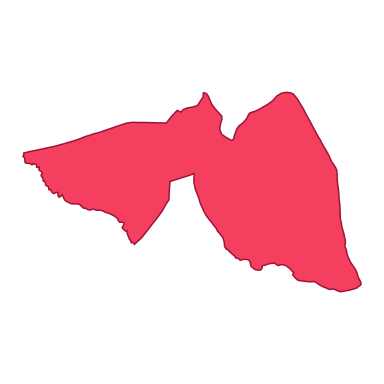 Bavet, Svay Rieng, Cambodia (Natural Earth projection)
{"feature_id": "14789045B60097519425510", "entity_name": "Bavet", "entity_type": "district", "adm_level": 2, "iso_a3": "KHM", "parent_name": "Cambodia", "parent_adm1": "Svay Rieng", "projection": "natural_earth1", "projection_center": [106.09, 11.037], "detail": "fine", "context": "isolated", "style": "filled", "palette": "rose", "viewbox_px": 384, "rotation_deg": 0, "n_neighbors": 0, "source": "geoboundaries", "source_scale": "gbopen_adm2", "svg_char_len": 4906}
<svg xmlns="http://www.w3.org/2000/svg" viewBox="0 0 384 384"><path d="M292.6,274.7L293.1,275.4L294.2,276.5L294.8,277.3L295.3,278.0L296.2,278.8L297.0,279.4L297.8,280.2L299.4,280.6L300.8,280.8L302.2,280.9L304.6,281.3L305.9,281.4L308.1,281.7L310.2,281.8L312.7,281.6L314.4,281.7L315.9,282.4L317.5,283.3L318.9,284.5L320.1,285.2L321.7,286.1L323.6,287.0L325.7,287.8L327.4,288.6L329.5,289.4L331.1,289.2L332.6,289.1L334.2,289.2L335.8,289.9L337.8,290.9L339.1,291.3L340.6,291.7L342.6,291.4L344.7,291.0L346.2,290.7L348.7,290.3L350.5,289.9L352.0,289.4L353.5,289.1L354.6,288.7L356.6,288.1L357.8,287.2L358.7,286.4L359.8,285.7L360.6,285.2L361.0,283.9L360.9,282.5L360.2,280.9L359.6,279.8L358.7,278.2L357.9,276.4L357.5,274.9L357.2,273.6L356.9,272.5L356.2,271.0L355.5,269.6L354.7,268.2L354.0,267.4L353.2,266.2L352.4,264.9L351.8,264.2L351.0,262.8L350.0,261.4L349.4,259.9L348.7,258.4L348.2,257.5L347.8,256.1L347.5,255.3L347.0,253.6L346.7,252.5L346.7,251.5L346.4,250.2L346.0,249.0L345.3,247.3L344.6,245.4L345.3,244.2L345.4,240.8L344.6,237.6L344.0,234.2L342.8,230.2L341.7,226.1L341.3,222.6L340.3,218.8L340.2,214.1L340.1,210.1L339.9,205.6L339.7,203.2L339.4,200.8L338.9,198.6L339.1,197.4L338.8,193.6L338.5,189.8L337.7,184.1L337.2,179.4L337.1,174.2L336.8,170.3L335.6,167.5L333.5,164.2L331.6,161.7L330.1,158.3L328.6,154.8L326.0,150.2L323.8,146.5L321.9,143.2L320.1,139.7L317.8,136.0L316.2,132.9L314.5,129.8L313.1,127.1L311.5,124.1L309.3,120.1L307.4,116.8L306.0,114.2L303.8,109.7L301.1,105.2L298.4,100.6L295.9,97.1L293.4,94.1L291.1,93.0L287.0,92.3L281.8,93.1L279.4,94.4L276.7,96.1L275.2,97.9L273.0,100.4L270.8,102.1L267.6,104.4L262.3,107.5L258.8,109.5L255.5,111.1L252.0,112.2L249.7,113.0L248.5,114.7L247.3,117.3L246.4,118.9L244.7,120.9L242.6,123.2L241.5,124.0L239.4,125.5L237.7,127.6L236.3,130.0L235.4,133.0L234.4,135.3L234.0,137.6L233.2,139.5L232.1,140.0L230.7,140.1L229.9,139.9L229.0,139.0L226.5,137.6L223.6,135.7L221.8,134.3L220.3,131.1L219.9,129.1L220.1,125.4L221.9,119.4L221.8,116.1L219.3,113.5L217.0,110.9L214.4,107.9L211.7,104.2L210.3,100.9L208.3,96.2L206.6,93.7L204.1,92.7L203.3,92.9L203.1,97.1L200.5,100.7L197.7,105.4L192.5,107.1L187.4,107.9L183.1,109.6L181.3,112.1L177.2,110.4L171.6,116.3L166.3,123.0L159.8,122.9L149.4,122.6L143.7,122.5L138.6,122.5L132.9,122.3L126.5,123.1L117.3,126.2L107.7,129.5L99.0,132.5L94.1,133.7L89.4,135.4L85.6,136.4L84.6,136.8L80.7,138.4L76.9,139.8L74.8,140.5L71.8,141.5L69.3,142.1L67.4,142.7L64.2,143.7L60.0,144.8L52.9,146.7L47.0,147.9L42.5,148.9L36.6,150.2L29.1,151.7L23.6,153.1L23.8,155.2L23.0,156.1L23.5,156.9L24.5,157.7L24.9,160.1L24.8,161.1L25.4,163.0L28.2,163.3L30.3,163.7L31.5,164.6L32.3,164.7L33.0,163.6L34.0,164.1L35.6,164.5L36.3,164.3L36.7,165.2L36.9,166.2L36.6,167.3L38.0,167.6L39.3,167.1L39.4,167.9L39.0,169.0L39.2,170.5L40.6,171.0L41.5,172.1L42.4,173.6L41.1,174.9L41.3,176.1L42.0,177.0L43.2,178.3L43.0,179.8L43.4,181.2L44.5,181.3L44.9,182.0L45.3,182.8L45.8,184.1L45.5,184.9L47.1,186.1L48.2,186.4L48.6,187.6L48.7,189.1L49.0,189.8L50.4,189.6L51.6,191.7L52.6,193.0L54.1,193.6L55.7,192.7L57.2,192.3L57.9,192.7L58.0,195.7L59.1,197.2L60.6,196.5L62.0,194.7L62.8,195.2L63.4,197.4L64.6,199.8L66.1,201.3L68.2,202.3L69.3,202.8L70.6,203.6L72.7,203.8L74.6,203.9L75.9,203.8L77.1,204.0L78.2,204.1L79.9,204.6L81.6,206.5L83.1,207.8L83.9,208.4L85.4,208.0L86.8,209.0L88.1,209.7L89.8,210.1L91.4,209.6L93.3,209.0L95.7,210.0L97.1,210.4L99.5,210.2L101.6,210.5L103.1,211.1L104.9,212.1L107.6,213.0L110.2,213.9L111.9,214.8L113.5,215.5L115.1,216.5L116.6,217.7L117.5,218.7L118.5,220.9L119.9,222.3L121.3,222.2L123.2,222.4L124.0,223.1L123.9,224.0L123.1,225.9L122.1,227.7L123.2,229.1L124.8,230.5L125.9,231.1L126.9,230.7L127.1,232.9L127.3,234.1L128.4,236.4L128.8,237.8L129.7,239.7L130.7,240.2L130.8,241.3L130.8,242.1L131.5,242.7L132.9,242.8L133.8,243.1L134.4,244.4L141.8,237.6L146.4,231.7L153.0,223.2L157.1,218.0L161.8,211.6L166.1,204.0L168.9,200.0L169.2,192.5L169.5,188.1L170.0,181.5L194.2,173.8L194.3,175.2L194.0,176.9L193.9,182.3L195.4,189.4L198.6,197.6L200.2,203.2L202.2,207.5L203.6,210.7L205.4,214.2L207.2,217.0L209.4,219.8L211.5,222.2L213.3,224.8L214.9,226.8L215.9,227.8L216.7,229.4L217.4,231.0L219.5,233.3L221.5,236.0L222.4,237.0L223.0,238.0L224.1,241.5L224.5,245.0L224.5,246.3L224.9,247.0L225.5,247.6L226.0,249.0L227.2,249.5L228.5,250.1L229.0,251.1L230.1,252.2L231.6,253.5L232.8,254.6L234.0,255.7L235.1,256.3L235.3,257.4L235.9,258.1L236.7,258.1L238.2,258.6L239.0,259.2L240.2,260.3L242.0,259.8L243.6,259.3L245.5,259.4L246.9,259.5L247.9,259.6L249.1,260.4L250.4,263.0L250.5,264.7L251.1,266.4L252.0,267.2L253.2,268.0L253.8,268.7L254.6,269.4L255.5,269.6L256.6,269.9L257.5,270.1L259.2,270.1L261.2,269.7L261.9,268.4L262.3,266.2L262.9,265.5L264.5,265.4L265.8,264.9L267.4,264.3L270.1,263.5L272.2,263.3L274.5,263.1L276.0,264.2L277.9,265.5L279.2,265.2L281.8,264.6L284.3,265.0L286.4,265.9L288.1,267.2L289.5,268.4L290.9,269.8L292.3,271.4L293.8,272.9L292.6,274.7Z" fill="#f43f5e" stroke="#9f1239" stroke-width="1.5"/></svg>